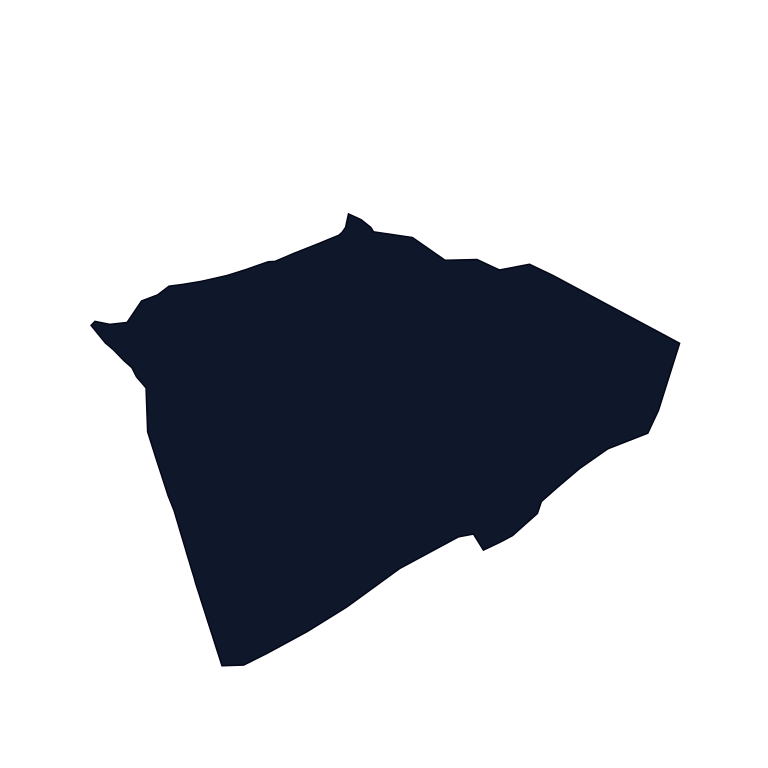 Yola North, Adamawa, Nigeria, rotated 331°
{"feature_id": "59680162B21673152212894", "entity_name": "Yola North", "entity_type": "district", "adm_level": 2, "iso_a3": "NGA", "parent_name": "Nigeria", "parent_adm1": "Adamawa", "projection": "albers", "projection_center": [12.433, 9.255], "detail": "fine", "context": "isolated", "style": "filled", "palette": "ink", "viewbox_px": 768, "rotation_deg": 331, "n_neighbors": 0, "source": "geoboundaries", "source_scale": "gbopen_adm2", "svg_char_len": 1275}
<svg xmlns="http://www.w3.org/2000/svg" viewBox="0 0 768 768"><g transform="rotate(331 384 384)"><path d="M317.9,216.8L299.0,212.9L273.9,205.6L272.3,205.0L269.7,204.1L255.7,199.1L243.4,194.2L229.1,196.3L212.3,193.8L189.1,205.6L173.1,198.9L161.6,189.1L156.2,190.7L160.2,213.1L163.8,222.5L168.0,237.9L171.4,247.5L171.0,257.8L174.0,272.1L168.7,282.4L154.1,311.2L149.4,334.3L148.0,341.2L145.2,355.8L141.0,377.1L139.0,392.9L135.7,407.9L134.5,413.2L132.5,422.4L130.5,431.4L128.9,438.5L127.3,446.1L125.9,452.3L124.1,461.0L122.6,467.0L120.8,476.2L119.8,481.3L119.4,483.0L118.2,489.2L116.7,496.8L115.0,505.0L113.6,512.2L112.0,520.4L110.2,529.3L108.9,535.7L108.0,540.4L106.9,545.9L105.7,551.9L125.0,561.8L151.8,562.9L172.3,563.1L181.6,563.2L197.0,563.3L243.3,561.0L308.2,553.0L375.0,553.8L389.5,558.6L390.4,577.5L410.3,578.7L422.9,578.9L438.8,575.3L455.4,571.6L464.7,563.1L485.0,558.6L513.9,552.8L548.3,549.2L590.9,554.9L611.2,540.2L662.3,491.7L584.6,371.3L569.3,349.8L540.2,340.2L525.7,320.2L497.4,305.4L479.9,269.7L448.6,245.8L448.4,240.7L443.7,229.3L435.4,218.0L426.3,228.4L421.0,231.0L416.5,232.0L405.7,230.7L392.9,229.2L369.2,226.1L356.5,224.8L348.1,223.9L342.2,221.0L337.1,220.1L334.2,219.6L332.6,219.3L317.9,216.8Z" fill="#0f172a" stroke="#020617" stroke-width="1.5"/></g></svg>